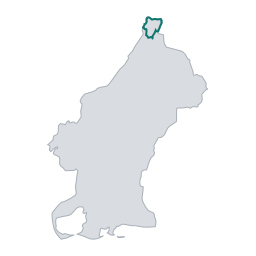 location of Koytendag, Chardzhou, Turkmenistan, rotated 268°
{"feature_id": "10190150B64529450546528", "entity_name": "Koytendag", "entity_type": "district", "adm_level": 2, "iso_a3": "TKM", "parent_name": "Turkmenistan", "parent_adm1": "Chardzhou", "projection": "orthographic", "projection_center": [66.04, 37.77], "detail": "fine", "context": "in_parent", "style": "outline", "palette": "teal", "viewbox_px": 256, "rotation_deg": 268, "n_neighbors": 0, "source": "geoboundaries", "source_scale": "gbopen_adm2", "svg_char_len": 4671}
<svg xmlns="http://www.w3.org/2000/svg" viewBox="0 0 256 256"><g transform="rotate(268 128 128)"><path d="M71.1,73.5L83.3,75.5L87.0,76.4L88.8,74.7L88.8,74.3L88.2,73.9L87.5,72.5L87.5,64.0L88.7,62.9L90.0,62.2L92.1,59.7L93.1,59.0L94.5,58.4L99.2,58.7L101.2,58.4L103.2,55.5L103.7,53.8L105.1,52.5L105.8,52.6L108.8,54.0L109.5,54.7L110.3,57.0L111.5,56.9L111.7,56.6L111.6,56.1L110.9,54.6L109.1,52.0L107.3,50.3L107.2,49.7L109.0,48.6L112.2,49.4L113.1,49.1L114.1,47.2L118.1,52.0L118.9,52.5L122.4,53.4L122.9,54.0L123.9,56.7L125.0,57.5L126.5,58.1L132.7,58.6L134.5,60.4L134.8,60.9L134.3,62.1L134.1,64.4L133.5,65.3L133.8,65.8L135.9,66.9L137.2,68.5L137.2,69.1L136.8,69.5L135.8,69.3L135.2,69.9L135.2,71.1L135.8,72.3L136.0,73.4L134.7,75.8L134.6,76.8L134.9,77.4L140.4,81.4L141.3,81.6L146.9,81.3L147.9,81.7L152.6,82.8L154.0,82.7L155.0,81.6L155.9,81.2L156.7,81.2L159.0,82.1L161.3,83.8L162.9,85.3L163.6,86.6L165.5,93.9L166.8,97.0L168.5,98.6L169.6,101.4L170.4,107.6L171.0,108.9L173.6,111.5L187.0,121.9L191.0,126.5L197.4,131.0L199.8,130.5L204.8,135.2L208.0,137.0L212.1,139.8L220.8,146.2L222.7,146.4L224.8,145.6L226.7,146.1L230.0,147.7L233.5,150.1L236.6,150.9L237.4,152.0L237.5,152.5L235.8,155.6L235.6,159.5L235.8,164.7L235.0,164.8L228.9,163.4L223.3,160.1L221.9,161.2L221.2,162.2L219.8,166.7L212.0,167.0L207.5,169.1L203.1,183.7L202.1,185.5L199.5,187.9L195.0,190.1L194.3,191.1L194.1,191.9L193.6,192.2L191.1,192.1L181.6,195.1L179.5,195.0L178.7,195.3L178.3,195.8L179.2,198.8L178.4,199.6L177.7,201.0L177.2,203.6L170.8,207.3L169.5,207.7L167.0,207.3L165.6,207.6L164.3,208.8L163.7,208.4L163.4,207.1L162.7,206.3L159.0,202.9L154.5,203.2L152.8,202.9L151.5,202.3L149.6,200.4L148.4,198.6L146.9,198.7L146.6,197.8L146.6,196.9L147.0,195.7L147.0,193.5L146.3,191.9L145.5,191.2L146.6,188.7L146.7,186.8L146.2,184.7L146.1,181.7L146.4,178.8L145.6,177.3L132.7,176.6L128.4,169.6L126.7,167.8L120.5,164.5L118.8,162.9L117.5,161.1L117.3,158.8L116.7,157.3L115.7,157.1L110.9,154.0L109.0,153.2L106.2,153.6L104.6,152.7L102.7,153.6L101.9,153.6L99.9,152.8L97.6,150.1L95.6,149.0L91.3,147.0L88.3,146.3L85.6,145.1L85.4,144.7L85.5,142.7L85.2,141.8L84.5,140.7L83.5,139.8L78.9,139.4L76.8,138.5L75.1,138.1L71.4,137.9L70.2,138.3L69.4,138.9L68.8,140.9L68.3,141.1L64.7,140.8L57.2,139.5L53.9,140.2L48.6,142.7L45.5,144.9L44.5,145.9L42.3,150.3L41.4,150.9L40.4,151.3L39.4,151.2L34.7,152.5L32.9,152.7L28.4,151.9L28.2,145.0L28.5,139.6L30.0,132.3L30.4,127.5L32.0,120.4L32.0,118.6L30.1,115.1L30.1,112.9L28.8,112.6L26.8,110.4L24.7,109.4L23.6,109.2L22.6,109.6L21.7,110.5L21.4,108.8L21.7,107.0L23.9,103.6L24.9,104.8L26.1,105.4L29.5,105.7L29.3,104.4L27.8,102.9L27.7,101.2L28.1,99.5L28.7,98.0L28.3,97.2L27.6,96.7L25.8,96.5L21.2,95.3L20.3,97.1L21.3,99.8L19.6,96.6L18.5,93.5L18.1,89.9L18.5,86.2L21.2,80.6L23.7,73.5L25.0,76.8L26.2,78.4L28.9,79.6L30.3,79.6L31.9,79.0L33.4,79.5L35.2,82.9L36.8,83.5L40.4,82.7L42.0,82.7L43.3,83.4L44.8,83.6L44.3,82.0L44.3,80.6L45.2,79.9L47.8,81.1L50.0,80.5L50.5,80.2L50.8,78.9L50.8,76.4L50.5,75.3L49.5,73.7L45.2,69.6L43.8,68.0L42.8,66.0L41.6,58.5L40.6,53.7L40.1,53.1L37.4,52.4L32.1,52.8L30.3,52.3L29.4,52.6L27.1,54.3L25.8,55.8L23.9,59.4L24.7,60.8L22.9,67.0L23.0,69.8L22.8,70.0L21.7,66.4L20.2,62.7L19.2,57.3L22.8,54.3L25.8,52.3L28.9,50.9L32.0,50.2L38.8,49.2L42.5,49.0L45.5,49.2L47.6,50.7L53.2,55.6L55.6,58.3L56.2,59.3L56.6,61.6L60.3,69.4L61.2,70.6L62.7,73.1L64.3,74.0L71.1,73.5ZM19.6,120.0L19.3,120.9L18.8,117.9L18.9,114.6L19.5,113.8L20.1,113.9L19.4,115.0L19.6,120.0Z" fill="#d9dde1" stroke="#a8b0b8" stroke-width="1"/><path d="M217.1,155.7L217.7,155.8L218.3,155.8L218.8,155.7L219.2,155.9L219.7,156.3L220.5,156.8L221.5,157.5L222.6,158.2L223.7,158.6L224.2,158.8L224.6,159.0L224.3,159.1L223.9,159.6L223.7,160.1L223.5,161.5L224.5,161.9L225.8,162.5L227.0,163.1L228.3,163.5L229.4,164.1L230.6,164.7L231.4,165.1L232.0,165.4L232.5,165.4L233.0,165.3L233.6,165.1L234.1,165.1L234.4,165.4L234.8,165.3L234.7,165.3L235.2,164.8L235.6,164.7L235.7,164.0L235.6,163.6L235.7,162.9L235.6,161.9L235.5,161.4L235.4,161.3L235.9,159.8L235.9,158.8L236.0,157.9L235.9,157.3L235.6,156.6L235.6,155.6L236.1,155.1L236.5,154.6L237.0,154.0L237.5,153.3L237.7,152.9L237.9,152.3L237.9,151.7L237.7,151.2L237.0,150.6L236.5,150.3L236.0,150.5L235.1,150.1L234.5,150.3L233.8,150.5L232.9,150.0L232.0,149.6L231.5,149.1L231.2,148.2L231.0,148.3L230.1,147.8L229.4,147.5L228.8,147.0L228.4,146.7L228.0,146.5L227.9,146.5L227.9,147.1L227.8,147.3L226.7,147.7L226.2,148.1L226.1,149.7L225.5,149.8L224.4,149.9L223.0,149.7L222.2,149.7L221.5,149.6L221.1,149.4L220.1,149.4L219.7,150.0L218.7,150.9L217.7,151.1L217.6,151.3L217.5,152.1L217.7,152.8L217.9,153.5L218.1,154.0L217.9,154.6L217.4,155.3L216.9,155.6L217.0,155.7L217.1,155.7Z" fill="none" stroke="#0f766e" stroke-width="2"/></g></svg>